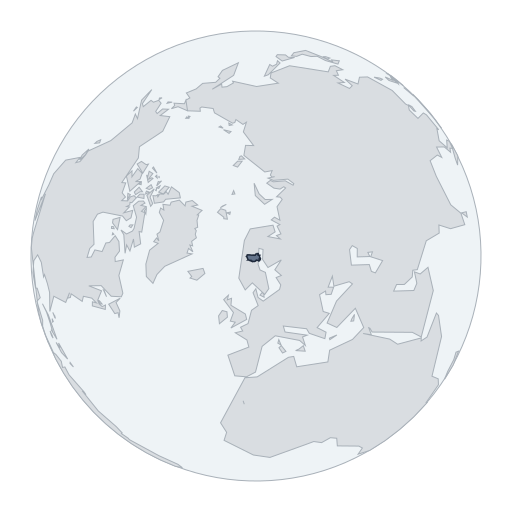 globe centered on Västerbotten, rotated 325°
{"feature_id": "SWE-192", "entity_name": "Västerbotten", "entity_type": "County", "adm_level": 1, "iso_a3": "SWE", "parent_name": "Sweden", "parent_adm1": "", "projection": "orthographic", "projection_center": [19.633, 64.883], "detail": "fine", "context": "on_globe", "style": "filled", "palette": "slate", "viewbox_px": 512, "rotation_deg": 325, "n_neighbors": 0, "source": "natural_earth", "source_scale": "10m", "svg_char_len": 12920}
<svg xmlns="http://www.w3.org/2000/svg" viewBox="0 0 512 512"><g transform="rotate(325 256 256)"><circle cx="256" cy="256" r="225" fill="#eef3f6" stroke="#a8b0b8"/><path d="M32.9,225.1L32.8,225.6L35.2,214.7L36.3,209.0L36.3,207.0L42.0,186.5L46.5,175.6L76.9,120.1L82.8,113.1L87.2,109.3L119.2,84.3L95.2,100.2L103.5,92.5L114.2,84.5L113.2,86.3L127.0,79.0L137.5,72.6L155.1,68.3L168.4,74.3L162.0,76.2L166.0,77.7L174.2,75.5L178.6,73.7L203.3,78.2L230.9,75.9L238.6,70.5L237.7,75.5L251.7,62.7L266.1,59.9L250.4,66.0L249.3,69.0L259.3,68.3L260.2,71.2L265.6,72.7L265.9,76.4L256.7,80.1L256.7,82.6L263.8,82.0L268.5,85.6L258.1,86.0L265.3,92.4L251.2,100.3L223.2,99.6L215.9,108.2L188.2,118.9L191.2,121.4L182.6,127.5L182.9,132.8L177.7,133.6L182.4,137.2L187.1,135.5L190.7,136.6L191.3,139.7L184.8,141.1L183.6,139.8L181.9,141.8L178.4,141.2L180.5,143.2L172.5,144.8L181.2,147.9L175.5,153.0L170.0,152.7L169.6,146.7L155.8,132.3L150.1,130.8L142.4,134.3L130.0,153.5L124.1,154.5L116.8,160.3L120.5,162.3L127.5,158.6L132.5,164.1L140.5,159.2L143.7,160.9L152.3,158.6L152.0,165.5L147.0,173.7L139.8,176.1L137.5,179.8L145.1,183.1L132.5,193.3L125.6,210.1L122.3,212.2L114.3,205.9L112.2,191.5L101.9,184.5L109.5,195.9L101.0,201.4L100.0,205.3L101.0,209.2L104.6,209.8L101.9,213.3L93.3,203.0L95.7,199.7L98.4,202.9L97.3,196.3L91.5,190.0L87.6,193.5L82.9,181.0L80.1,183.5L77.4,182.4L82.2,179.1L73.5,184.9L67.3,173.0L55.3,183.2L66.0,167.5L69.3,159.0L72.1,149.9L70.0,151.3L76.5,138.0L77.8,129.8L71.3,132.4L63.6,141.9L57.0,155.8L58.3,156.9L55.3,166.4L50.6,167.4L44.3,186.4L41.0,191.1L38.2,199.7L36.7,207.9L34.7,218.9L35.6,221.8L36.1,230.6L33.6,236.3L35.8,237.3L34.7,246.1L37.1,267.8L36.3,267.4L37.9,292.4L43.6,315.4L44.9,324.1L43.9,324.3L46.8,332.0L46.9,333.7L61.9,363.8L72.6,382.0L74.3,387.2L69.3,382.0L69.5,382.3L60.7,368.3L53.0,353.7L46.4,338.6L40.9,323.0L36.6,307.1L33.4,290.9L31.5,274.5L30.7,258.0L31.2,241.5L32.9,225.1ZM52.1,185.1L45.2,210.1L45.9,198.8L46.3,200.3L48.8,193.3L52.2,181.9L53.7,172.6L52.1,185.1ZM56.2,189.6L57.2,185.6L56.7,189.1L56.2,189.6ZM180.5,72.5L174.3,75.2L166.5,76.2L171.5,73.6L180.5,72.5ZM195.4,71.7L192.8,73.6L188.6,71.3L191.4,70.9L195.4,71.7ZM244.0,66.2L238.7,67.1L243.5,65.3L244.0,66.2ZM266.3,72.3L267.5,71.2L269.8,72.5L266.3,72.3ZM151.9,154.9L152.1,156.7L150.4,156.2L151.9,154.9ZM155.5,152.3L153.4,150.5L154.7,149.0L156.0,150.2L155.5,152.3ZM272.3,79.3L275.6,81.9L270.7,79.9L272.3,79.3ZM157.7,155.0L157.5,146.6L159.9,144.0L166.8,146.4L157.7,155.0ZM276.5,83.8L284.7,90.2L288.0,88.1L283.2,97.8L277.8,89.0L271.2,86.8L275.7,86.1L276.5,83.8ZM188.3,133.7L183.4,135.6L187.0,131.2L188.3,133.7ZM189.8,130.6L195.7,116.2L203.3,115.1L199.8,120.0L209.3,116.6L210.1,123.1L205.1,126.5L200.0,125.9L204.2,128.9L189.8,130.6ZM279.2,102.3L279.8,104.5L277.4,102.9L279.2,102.3ZM192.5,136.7L193.0,133.8L199.7,132.6L199.9,138.3L197.6,136.8L192.5,136.7ZM211.4,112.5L216.4,112.8L218.4,118.1L220.6,119.0L210.8,123.2L211.4,112.5ZM196.4,138.7L199.8,141.2L197.2,144.6L192.4,139.5L196.4,138.7ZM201.3,130.0L204.5,129.7L202.8,131.7L201.3,130.0ZM189.8,158.5L190.3,154.8L193.8,153.8L189.8,158.5ZM201.2,142.0L202.1,140.8L203.6,140.0L205.2,142.4L201.2,142.0ZM212.9,126.8L212.7,129.0L217.1,125.3L218.8,129.3L211.9,131.4L215.6,132.2L216.1,133.4L209.9,133.9L212.9,126.8ZM211.2,142.6L203.0,147.0L201.4,153.9L198.2,154.9L201.4,143.7L211.2,142.6ZM211.0,137.4L210.4,140.8L206.7,140.3L204.9,137.6L211.0,137.4ZM222.4,131.3L221.6,124.6L223.1,124.3L222.4,131.3ZM211.4,144.7L213.4,143.6L211.7,145.3L211.4,144.7ZM219.8,135.5L219.3,133.1L221.1,132.9L219.8,135.5ZM217.7,143.5L215.1,144.9L213.7,143.1L217.7,143.5ZM219.3,139.9L221.8,140.3L214.8,141.6L218.7,138.9L219.3,139.9ZM221.6,135.7L222.5,134.8L221.5,136.7L221.6,135.7ZM224.3,149.9L215.8,152.0L212.9,147.8L221.5,146.3L224.3,149.9ZM237.6,480.5L226.0,476.9L233.0,474.3L231.2,470.7L213.7,458.2L217.6,451.6L212.7,447.5L202.7,446.5L196.9,441.1L190.7,439.5L151.9,429.0L139.7,417.5L124.1,388.7L130.8,383.6L131.3,372.3L177.1,349.4L187.6,355.7L224.5,357.6L229.3,359.9L225.8,370.1L254.1,384.0L262.3,375.4L287.2,379.7L303.2,376.4L307.4,355.8L281.2,360.9L275.8,351.7L296.1,339.1L319.0,334.2L317.6,330.5L302.5,325.4L307.0,316.3L297.2,322.9L301.7,326.1L295.6,330.5L291.1,327.8L292.9,324.6L285.9,324.1L279.2,340.0L283.1,345.0L265.0,349.7L269.7,358.6L265.0,363.2L255.3,349.9L255.7,344.6L238.2,329.0L236.2,334.9L252.5,350.2L247.7,349.0L245.1,357.6L243.3,350.2L226.0,332.4L209.2,333.5L189.0,350.8L178.9,349.5L169.9,342.0L176.1,321.1L197.9,326.5L200.4,319.6L195.0,307.0L202.1,309.8L202.5,305.5L210.7,306.8L221.2,297.9L229.3,297.9L232.5,284.4L237.1,282.7L233.9,291.1L236.0,297.1L256.1,296.9L259.7,293.9L260.1,285.2L265.6,286.5L263.5,278.1L274.5,273.7L259.2,272.3L259.4,262.6L265.5,254.7L262.8,251.4L252.8,264.3L251.3,269.8L254.3,274.8L247.8,290.1L241.1,292.5L237.6,275.9L227.7,277.6L229.2,264.3L255.4,236.6L266.8,230.5L287.6,240.5L285.5,247.2L276.9,246.9L285.7,256.0L284.5,251.0L289.1,252.2L290.4,243.6L293.6,244.0L289.2,235.2L293.4,234.8L296.1,240.4L301.5,227.7L309.9,224.7L309.6,221.7L306.8,219.3L319.3,217.3L318.5,215.2L314.1,215.0L309.6,210.7L306.6,202.5L311.1,202.3L312.8,205.2L323.1,211.2L327.0,219.3L328.5,218.4L326.2,211.3L313.6,204.0L310.5,199.1L316.8,201.7L314.3,200.4L314.2,197.9L318.2,195.3L311.4,192.2L303.8,166.6L310.9,159.4L317.4,164.2L316.8,147.1L324.9,140.9L320.8,140.7L317.8,132.7L315.2,134.5L313.0,133.8L304.1,114.9L305.5,110.6L297.0,102.8L294.9,102.7L293.4,105.5L283.2,97.8L288.0,88.1L292.5,88.6L292.5,82.5L302.8,84.8L311.3,84.0L322.6,90.6L328.4,89.7L327.7,87.4L335.0,84.7L352.4,87.6L341.3,95.2L315.8,94.3L326.5,95.4L325.0,98.2L329.3,100.6L336.8,101.3L337.1,99.4L353.7,117.5L373.4,127.2L369.8,118.3L373.3,114.7L392.6,119.4L420.8,146.6L425.7,143.3L429.8,145.4L433.9,153.2L428.1,150.3L427.2,155.2L423.2,152.6L427.9,164.5L422.4,161.3L428.7,172.4L432.5,171.7L430.4,162.2L438.2,173.6L443.3,168.9L450.1,173.3L462.5,198.5L465.7,217.3L467.2,220.1L465.3,224.3L467.6,236.2L475.1,234.8L476.6,238.2L478.1,257.4L477.2,255.5L472.1,266.7L474.7,277.0L478.7,270.4L480.2,273.0L478.7,280.6L476.7,278.9L474.9,282.6L472.8,274.7L466.4,270.3L464.7,281.8L462.4,277.3L453.3,277.8L449.4,294.1L444.9,325.8L448.4,338.5L445.0,350.1L431.0,345.2L423.6,335.5L419.2,342.3L404.2,341.2L380.3,359.7L376.3,357.6L371.9,362.8L361.2,364.4L354.8,360.0L348.6,363.7L365.5,374.8L372.1,370.6L376.7,359.9L380.2,364.9L390.4,363.9L381.4,386.0L344.9,417.1L340.3,408.2L307.5,384.9L307.9,380.6L307.7,380.2L307.2,379.4L305.3,386.7L299.3,380.9L317.9,400.8L321.4,409.5L344.4,417.9L342.5,420.3L349.6,420.5L371.1,406.2L371.4,409.4L361.8,428.4L331.2,455.4L334.8,461.1L331.6,466.1L311.4,473.6L312.1,474.2L310.9,474.5L292.8,478.3L274.5,480.5L256.0,481.3L237.6,480.5ZM162.4,367.2L161.4,370.7L162.4,367.2ZM344.1,338.3L357.1,332.4L349.5,322.4L353.8,319.4L349.7,317.2L348.9,321.7L338.4,314.8L343.3,307.9L340.8,302.7L336.3,304.4L328.9,318.2L343.9,328.0L341.7,334.8L344.1,338.3ZM37.2,268.4L37.2,272.1L36.6,268.6L37.2,268.4ZM44.3,199.3L43.6,203.8L42.7,206.9L42.9,203.8L44.3,199.3ZM42.7,236.6L42.8,242.2L42.0,237.3L42.7,236.6ZM44.4,214.0L42.6,232.4L41.3,223.6L42.7,212.1L42.7,218.8L44.4,214.0ZM53.1,190.3L52.4,193.4L51.5,193.5L53.1,190.3ZM55.9,192.1L55.9,191.1L57.0,189.1L55.9,192.1ZM101.5,202.0L102.1,203.0L102.4,207.1L100.8,205.7L101.5,202.0ZM113.0,222.9L108.4,228.1L110.5,223.3L107.3,222.2L107.7,211.0L120.6,212.7L114.7,213.8L113.0,222.9ZM111.9,197.0L110.2,203.6L111.6,196.3L111.9,197.0ZM197.1,281.3L200.2,285.0L197.5,289.7L187.2,290.5L191.0,283.6L197.1,281.3ZM205.1,289.4L204.5,273.2L210.9,272.3L207.4,275.5L211.7,276.6L207.2,282.0L214.0,297.4L212.0,302.6L194.1,300.6L201.0,298.3L197.6,294.6L205.1,289.4ZM191.6,235.9L191.4,229.5L205.5,235.8L204.1,241.0L193.7,241.9L189.3,236.2L191.6,235.9ZM169.9,161.1L168.9,158.8L170.7,158.3L173.0,159.9L169.9,161.1ZM189.8,156.8L176.1,170.9L174.3,168.9L168.5,179.9L161.4,179.0L165.4,171.8L155.6,179.6L156.4,172.7L150.3,178.7L159.9,162.8L160.3,157.2L162.6,163.7L169.1,164.7L172.0,163.4L180.4,155.7L184.3,144.4L191.3,143.8L195.3,146.4L195.4,149.0L190.8,148.5L194.3,152.4L187.8,153.7L189.8,156.8ZM237.5,180.8L232.1,178.5L238.0,187.7L231.5,188.6L232.6,189.6L228.1,193.0L224.7,199.0L221.6,198.4L221.6,201.0L218.7,203.4L217.6,206.9L211.7,207.1L209.9,211.4L208.1,209.1L206.7,216.4L205.1,211.1L201.2,214.0L204.8,217.6L175.4,212.1L164.3,214.3L155.9,219.3L154.4,209.9L161.2,199.4L172.2,190.2L183.1,189.5L180.4,185.6L184.9,184.2L185.1,187.9L187.4,181.3L191.1,181.2L200.8,173.8L201.8,164.8L205.4,162.0L206.9,165.5L209.4,160.3L214.7,165.1L217.4,163.2L225.3,166.3L226.6,174.3L229.5,171.6L235.6,174.0L237.5,180.8ZM226.4,150.9L229.5,160.0L227.4,165.0L214.5,157.7L211.4,158.7L203.0,154.5L206.2,147.4L208.3,149.2L211.1,149.4L209.0,151.5L212.7,149.9L215.7,152.4L219.4,151.9L219.4,155.0L226.4,150.9ZM234.2,356.2L237.8,356.9L243.3,356.6L241.7,362.2L234.2,356.2ZM222.2,344.3L225.3,343.9L225.8,351.3L222.1,350.7L222.2,344.3ZM226.7,337.6L225.5,343.3L223.9,339.9L226.7,337.6ZM236.8,290.3L240.1,289.4L240.6,291.5L239.0,294.4L236.8,290.3ZM253.7,209.4L251.0,207.0L251.9,205.7L249.5,198.1L254.2,197.0L257.4,201.2L253.7,209.4ZM303.2,360.3L298.8,365.2L296.3,363.9L298.3,362.5L303.2,360.3ZM269.0,365.4L277.0,367.1L268.5,366.9L269.0,365.4ZM258.4,206.9L256.9,203.9L260.2,205.3L258.4,206.9ZM257.5,195.9L261.3,196.7L254.5,196.0L257.5,195.9ZM340.0,465.0L339.7,465.1L346.8,460.5L358.6,454.3L364.7,449.5L367.4,450.1L355.0,458.4L340.0,465.0ZM479.0,287.7L478.7,289.8L473.3,297.2L475.3,290.0L480.1,276.4L479.9,279.2L480.4,275.8L479.0,287.7ZM481.3,257.9L481.3,257.7L481.1,252.5L481.1,247.4L477.7,218.0L477.2,213.3L478.5,220.7L480.7,239.2L481.3,257.9ZM449.2,338.6L453.6,340.3L451.4,345.3L449.2,338.6ZM474.1,203.5L477.0,215.6L473.6,202.8L474.1,203.5ZM470.7,194.1L471.7,195.6L471.3,196.9L470.7,194.1ZM469.4,223.0L469.6,228.9L468.5,227.7L467.5,219.3L469.4,223.0ZM455.3,177.2L459.5,181.3L461.0,183.8L459.1,183.8L455.3,177.2ZM296.2,195.3L294.2,206.9L295.9,215.0L301.7,218.9L292.7,218.6L290.1,206.1L296.2,195.3ZM302.4,170.0L297.3,167.0L300.0,165.2L301.5,165.6L302.4,170.0ZM299.0,170.4L291.9,172.6L289.3,168.8L295.4,167.8L299.0,170.4ZM275.2,189.6L274.3,193.1L271.7,191.8L275.2,189.6ZM472.3,193.0L472.6,194.2L474.4,201.0L469.7,185.1L469.9,185.2L472.3,193.0ZM470.7,189.2L472.6,195.5L470.0,187.5L470.7,189.2ZM472.4,195.7L471.4,193.9L470.6,190.2L472.4,195.7ZM470.0,186.6L467.8,181.7L468.4,182.0L470.0,186.6ZM468.8,190.5L469.0,185.6L470.7,195.3L465.6,188.5L464.5,183.4L468.8,190.5ZM430.0,136.2L427.4,135.6L425.0,131.0L427.4,132.7L430.0,136.2ZM414.5,116.0L423.5,129.6L430.2,141.0L430.4,138.7L436.2,143.9L433.2,145.8L425.0,135.7L420.7,127.5L415.5,124.2L409.6,117.2L403.8,115.8L399.8,112.3L403.7,111.2L414.5,116.0ZM401.5,115.5L389.3,111.3L386.8,104.1L388.9,103.3L395.5,108.2L396.5,111.8L401.5,115.5ZM385.6,108.3L386.4,111.7L370.1,114.6L366.0,113.5L377.1,107.0L378.4,110.0L382.9,110.7L385.6,108.3ZM282.0,103.8L280.0,104.4L280.9,102.6L282.0,103.8ZM311.7,135.0L308.9,133.7L310.0,131.5L311.7,135.0ZM301.6,129.2L302.4,132.5L299.7,129.1L301.6,129.2ZM304.3,140.1L301.8,133.9L306.9,139.7L304.3,140.1Z" fill="#d9dde1" stroke="#a8b0b8" stroke-width="1"/><path d="M247.2,254.7L247.3,254.7L247.3,254.3L247.4,254.2L247.5,254.1L247.6,253.8L247.6,253.6L247.6,253.4L247.8,252.5L247.8,252.4L248.0,252.2L248.0,251.9L247.9,250.8L248.7,250.7L249.4,250.3L249.5,250.3L249.5,250.2L250.0,250.3L251.0,251.2L251.6,251.5L252.5,252.5L253.0,252.9L253.6,253.2L253.7,253.3L253.8,253.5L254.1,253.6L254.2,253.8L254.5,253.8L254.6,254.0L254.9,254.2L255.0,254.3L255.3,254.5L255.5,254.7L255.5,254.8L255.8,254.9L256.0,254.7L256.8,254.3L258.7,254.9L259.2,255.2L259.2,255.3L259.1,255.5L259.0,255.4L259.0,255.5L258.9,255.6L258.7,255.7L258.7,255.8L258.6,256.0L258.4,256.2L258.4,256.3L258.5,256.4L258.8,256.4L258.8,256.5L258.7,256.5L258.8,256.7L258.8,256.8L258.7,256.7L258.5,256.8L258.7,257.0L258.8,257.0L259.0,257.1L259.2,257.3L258.9,257.3L259.0,257.4L259.1,257.5L259.3,257.6L259.2,257.8L259.1,258.0L258.9,258.1L258.8,258.3L258.8,258.2L258.7,258.2L258.5,258.6L258.4,258.7L258.3,258.9L258.3,259.0L258.2,259.2L258.2,259.3L258.2,259.5L258.0,259.9L258.0,260.0L257.9,260.0L257.8,260.3L257.8,260.2L257.7,260.2L257.6,260.3L257.6,260.2L257.4,260.4L257.4,260.5L257.2,260.4L257.2,260.5L257.2,260.8L257.1,260.7L257.1,260.8L256.9,260.8L256.7,260.8L256.7,261.0L256.4,261.0L256.3,261.3L256.2,261.3L256.2,261.5L256.0,261.4L255.9,261.4L255.8,261.2L255.7,261.2L255.7,261.3L255.8,261.4L255.8,261.5L255.7,261.5L255.8,261.7L255.8,261.8L255.7,261.8L255.7,261.7L255.4,261.6L255.3,261.1L255.0,260.7L254.9,260.5L254.8,260.4L254.7,260.3L254.6,260.2L254.4,260.1L254.2,260.1L253.9,259.7L254.0,259.7L253.9,259.5L252.7,259.9L251.3,259.5L251.1,259.4L250.2,258.3L250.1,258.2L249.9,258.3L249.9,258.2L249.8,257.9L249.5,257.6L249.4,257.5L249.4,257.4L249.4,257.2L249.3,257.3L249.2,257.4L249.1,257.2L248.8,256.8L248.7,256.7L248.8,256.6L248.7,256.4L248.5,256.2L248.4,256.2L248.3,255.9L248.2,255.8L248.1,255.7L247.9,255.4L247.8,255.2L247.2,254.7ZM258.2,260.4L258.3,260.3L258.3,260.5L258.2,260.6L258.2,260.4ZM258.2,260.8L258.1,260.7L258.2,260.8Z" fill="#64748b" stroke="#1e293b" stroke-width="1.5"/></g></svg>